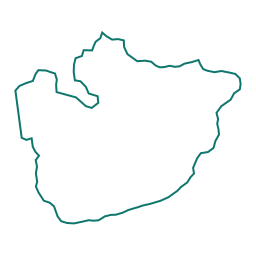 Santo Antônio do Pinhal, São Paulo, Brazil
{"feature_id": "56859067B50632789381856", "entity_name": "Santo Antônio do Pinhal", "entity_type": "district", "adm_level": 2, "iso_a3": "BRA", "parent_name": "Brazil", "parent_adm1": "São Paulo", "projection": "albers", "projection_center": [-45.697, -22.83], "detail": "fine", "context": "isolated", "style": "outline", "palette": "teal", "viewbox_px": 256, "rotation_deg": 0, "n_neighbors": 0, "source": "geoboundaries", "source_scale": "gbopen_adm2", "svg_char_len": 1383}
<svg xmlns="http://www.w3.org/2000/svg" viewBox="0 0 256 256"><path d="M21.7,137.8L26.4,139.9L31.6,138.3L32.8,146.8L35.4,151.8L39.0,155.7L35.7,160.1L37.0,166.6L35.9,173.3L37.2,181.8L35.9,186.5L38.6,192.6L43.8,200.7L49.7,202.7L54.0,206.3L57.6,216.3L61.1,221.2L67.1,223.0L74.0,223.4L82.2,221.7L88.7,220.2L93.3,220.7L98.6,220.3L104.8,216.4L110.8,214.9L115.9,214.7L122.7,212.7L128.3,210.0L138.5,207.0L142.8,205.5L150.0,203.9L160.5,200.8L168.5,197.2L173.6,193.5L177.3,190.9L181.1,186.9L187.2,182.5L190.6,177.1L194.0,173.5L193.1,167.9L197.1,158.3L200.8,153.2L208.0,152.0L213.5,148.0L215.4,141.0L219.0,134.6L218.4,128.7L217.2,123.8L218.1,119.2L216.5,112.9L221.3,106.2L230.7,99.6L234.1,93.3L239.8,89.4L240.6,84.2L239.8,78.4L235.3,73.9L228.5,72.4L221.3,71.0L214.4,72.2L207.3,70.7L203.2,69.1L200.3,64.4L198.5,60.0L191.8,62.1L184.6,63.6L179.6,66.3L174.8,66.8L169.6,65.8L164.0,67.1L159.7,67.3L155.6,65.5L151.2,61.7L145.0,60.7L137.2,61.2L132.0,57.4L127.4,54.1L124.1,46.9L123.8,40.4L118.2,39.1L112.1,39.6L106.4,36.2L102.2,32.6L100.3,38.2L95.6,41.8L93.8,45.8L92.1,50.4L83.7,50.2L81.9,56.0L75.6,58.2L74.0,64.6L73.7,72.1L74.9,80.3L80.5,81.3L85.9,86.9L88.7,93.5L97.6,96.2L98.3,102.8L91.8,107.9L85.9,106.2L76.0,97.4L56.6,92.1L56.1,85.1L56.8,79.5L55.0,73.5L50.8,72.2L46.0,70.5L38.3,70.2L35.6,74.0L32.8,81.0L26.3,83.0L19.4,86.0L15.4,90.6L21.7,137.8Z" fill="none" stroke="#0f766e" stroke-width="2"/></svg>